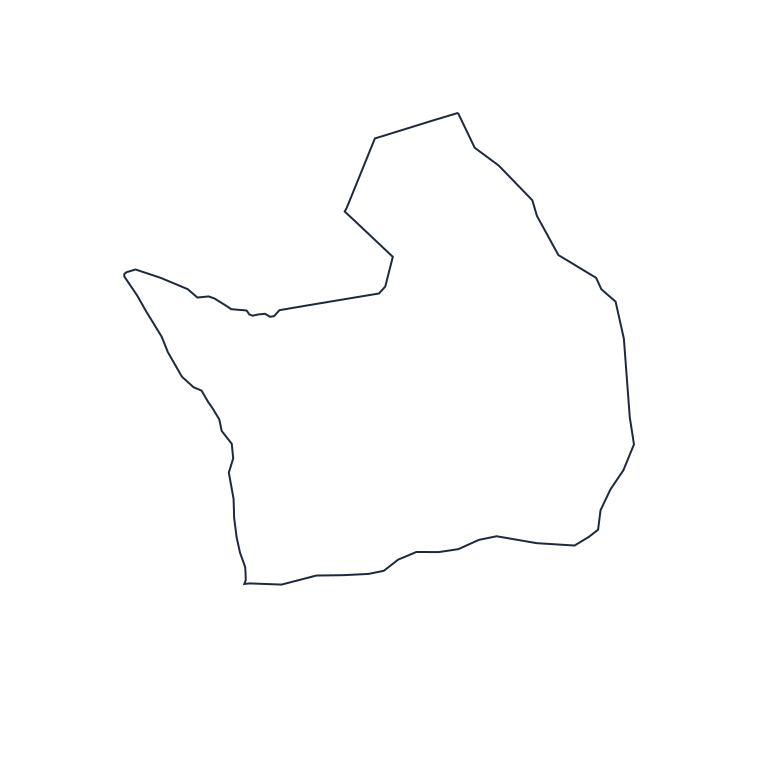 Tawila, North Darfur, Sudan (Robinson projection), rotated 52°
{"feature_id": "16777658B31979964775583", "entity_name": "Tawila", "entity_type": "district", "adm_level": 2, "iso_a3": "SDN", "parent_name": "Sudan", "parent_adm1": "North Darfur", "projection": "robinson", "projection_center": [24.702, 13.314], "detail": "fine", "context": "isolated", "style": "outline", "palette": "slate", "viewbox_px": 768, "rotation_deg": 52, "n_neighbors": 0, "source": "geoboundaries", "source_scale": "gbopen_adm2", "svg_char_len": 1881}
<svg xmlns="http://www.w3.org/2000/svg" viewBox="0 0 768 768"><g transform="rotate(52 384 384)"><path d="M216.0,158.7L210.7,172.3L206.9,182.0L184.9,240.0L222.3,305.0L223.9,308.8L224.5,308.7L233.3,307.3L237.6,306.6L260.8,303.1L287.1,299.1L288.8,298.8L289.3,298.8L289.4,299.0L308.0,323.0L309.6,332.2L309.1,333.1L296.7,355.9L285.0,377.4L273.6,398.4L261.8,420.3L261.5,421.0L261.6,421.9L262.8,428.4L262.8,428.8L262.7,429.1L260.9,432.3L260.7,432.5L255.6,434.5L255.4,434.6L252.0,439.9L249.6,444.8L249.3,445.5L248.8,445.8L246.7,447.0L246.3,447.3L241.7,447.0L241.3,447.2L231.2,458.1L231.0,458.4L230.8,458.4L225.3,460.2L212.3,464.9L207.0,468.3L201.0,477.8L188.4,480.3L162.6,494.8L140.8,509.3L137.4,518.0L137.4,520.0L137.4,520.9L139.4,522.5L144.4,522.8L145.5,522.9L151.8,523.3L163.0,524.1L180.3,526.7L210.0,530.1L226.1,534.8L226.4,534.8L252.8,538.6L253.9,538.7L254.1,538.7L268.7,536.2L269.3,536.1L269.8,535.8L275.3,532.7L276.8,531.9L277.2,531.9L289.6,533.6L289.8,533.6L298.0,534.1L298.9,534.2L299.2,534.2L300.9,534.5L306.5,535.1L310.4,535.6L310.8,535.7L311.4,536.1L313.6,537.1L320.8,540.7L321.0,540.8L337.2,540.8L337.4,540.8L337.6,540.9L349.1,548.2L349.7,548.5L349.9,548.8L358.2,560.7L358.5,561.0L358.8,561.1L381.6,573.1L382.1,573.4L382.5,573.7L391.4,580.2L396.7,584.2L412.2,593.4L414.8,594.9L415.0,595.0L415.3,595.1L428.2,601.3L435.6,603.7L442.5,606.0L443.0,606.2L443.1,606.3L447.5,609.3L453.4,613.7L453.5,613.8L455.6,617.2L456.8,615.2L458.7,612.3L479.0,588.2L493.3,555.2L509.5,533.9L524.2,513.0L531.1,499.1L531.1,481.0L536.3,461.9L550.2,444.3L559.9,427.1L565.2,405.3L573.3,389.0L603.4,361.7L628.6,333.3L630.6,316.6L630.6,305.0L616.8,291.1L606.6,270.7L603.4,261.0L599.3,248.4L585.5,224.2L561.5,210.8L496.0,167.1L461.7,150.8L443.2,154.4L430.9,151.5L389.8,167.2L345.7,160.0L330.6,154.0L282.5,159.1L253.7,167.1L216.0,158.8L216.0,158.7Z" fill="none" stroke="#1e293b" stroke-width="2"/></g></svg>